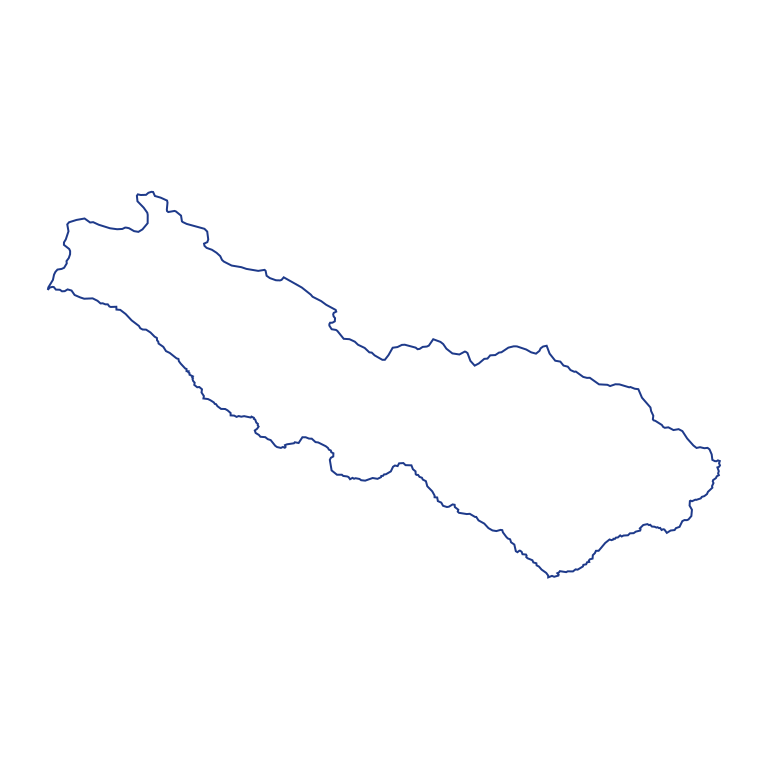 Colombia, Huila, Colombia (Robinson projection), rotated 269°
{"feature_id": "7082276B78082705771395", "entity_name": "Colombia", "entity_type": "district", "adm_level": 2, "iso_a3": "COL", "parent_name": "Colombia", "parent_adm1": "Huila", "projection": "robinson", "projection_center": [-74.711, 3.47], "detail": "fine", "context": "isolated", "style": "outline", "palette": "blue", "viewbox_px": 768, "rotation_deg": 269, "n_neighbors": 0, "source": "geoboundaries", "source_scale": "gbopen_adm2", "svg_char_len": 6128}
<svg xmlns="http://www.w3.org/2000/svg" viewBox="0 0 768 768"><g transform="rotate(269 384 384)"><path d="M301.1,718.4L301.8,716.5L301.0,715.1L301.1,713.5L302.4,711.0L307.9,710.4L313.0,708.3L314.5,706.4L314.2,703.2L315.3,698.9L314.6,695.4L317.1,692.3L324.2,686.2L331.7,681.5L333.7,677.8L332.9,672.6L335.7,667.6L335.3,664.0L336.2,662.4L338.2,661.1L342.4,654.7L343.0,652.9L344.0,652.2L347.6,652.7L352.3,650.6L355.9,650.0L365.8,641.7L374.4,638.2L374.9,634.6L376.7,630.3L376.4,629.1L379.5,619.4L379.7,615.3L378.0,610.0L379.3,607.4L379.9,599.0L386.6,589.9L386.6,587.0L387.6,583.3L393.1,576.0L392.9,574.5L394.7,570.7L398.1,568.1L399.3,563.8L403.3,560.7L404.3,555.6L411.5,550.1L419.4,547.3L418.7,543.7L416.9,541.2L414.4,540.0L411.7,536.5L413.1,531.7L416.0,526.8L419.3,517.5L419.4,514.3L418.2,509.0L413.7,502.0L413.4,499.5L411.0,495.8L410.8,490.7L407.6,487.9L407.4,484.7L402.9,479.2L400.8,475.0L405.6,470.8L413.5,468.0L414.8,466.2L415.0,465.3L412.2,459.9L413.4,452.9L418.2,447.0L422.9,443.9L425.1,441.2L427.9,434.0L421.6,429.5L420.7,427.5L420.4,423.3L418.5,420.3L418.2,418.2L419.8,416.3L422.9,405.5L422.8,402.6L420.7,398.1L420.1,393.3L412.8,389.0L408.2,385.3L408.2,382.8L412.8,375.1L415.6,372.3L415.9,369.9L420.4,365.3L423.7,358.7L426.8,355.6L429.4,350.3L429.9,344.5L438.0,338.2L438.9,336.9L439.7,332.6L443.3,330.4L444.8,330.4L446.2,331.2L446.2,333.5L447.5,335.9L450.7,336.2L452.5,334.8L454.6,334.4L456.0,335.0L457.2,337.5L458.9,337.0L464.2,327.6L468.0,322.6L472.5,314.1L474.6,312.4L481.9,303.5L492.4,285.6L489.9,283.4L489.4,281.9L489.6,277.8L491.9,271.7L494.3,268.5L499.2,267.6L500.2,266.6L499.3,260.2L501.5,248.4L503.3,243.4L505.1,233.7L509.2,226.0L510.9,224.2L514.7,222.5L518.1,218.9L521.2,214.3L523.2,209.0L525.3,206.9L527.5,206.5L528.9,209.8L531.6,210.8L539.5,209.9L542.3,207.2L547.5,189.5L549.5,185.5L550.2,184.8L555.9,184.0L560.2,178.9L560.7,177.6L559.7,171.3L560.7,170.1L562.1,169.9L569.1,170.7L571.2,170.3L574.2,164.0L576.0,158.2L580.0,156.5L580.2,154.8L579.3,151.8L577.3,149.4L577.2,144.1L577.9,141.2L576.5,140.2L571.0,140.7L564.5,146.8L559.4,150.3L557.2,150.7L548.9,150.5L542.8,145.2L540.4,141.1L541.2,136.8L544.2,131.8L544.8,129.4L544.9,127.9L543.6,125.1L543.4,119.9L544.5,112.7L548.2,101.6L550.9,96.0L550.6,93.0L554.7,87.5L553.4,79.4L551.2,71.9L549.1,70.1L542.2,71.2L534.2,68.4L531.2,66.5L528.7,66.4L524.5,71.6L522.4,72.5L519.2,72.4L515.4,71.0L512.4,68.7L510.1,68.9L505.8,66.2L504.7,63.7L504.1,59.5L501.8,57.4L499.1,56.0L493.9,54.8L486.5,50.1L484.0,49.5L486.2,51.4L486.9,54.1L486.7,55.5L484.1,57.6L483.9,61.5L482.3,63.7L482.4,66.4L484.1,69.3L482.9,73.2L478.4,76.2L475.9,81.7L474.5,85.7L474.7,94.2L472.2,99.0L469.5,102.0L469.6,104.2L468.5,106.8L468.5,109.2L466.3,110.8L465.8,112.1L465.9,117.7L463.1,117.8L462.7,121.6L458.5,126.9L452.0,132.8L446.3,140.0L444.0,141.3L442.7,143.6L442.5,147.1L439.6,151.4L435.3,155.5L434.0,157.7L431.5,157.9L430.4,159.0L428.4,159.3L425.0,164.0L420.7,166.6L418.8,170.3L413.2,177.1L412.7,178.9L410.4,179.3L407.9,181.1L403.0,185.5L402.5,186.8L400.3,186.8L400.1,188.9L399.0,188.6L398.3,189.7L396.7,189.7L395.0,193.0L394.2,192.3L393.2,193.1L392.4,192.6L390.4,193.2L388.6,194.7L386.4,194.3L384.0,197.2L384.2,199.3L381.9,201.9L378.7,201.4L375.1,203.7L372.7,203.2L372.0,207.8L370.7,210.3L368.5,213.6L367.1,214.4L366.8,215.7L364.7,217.1L361.9,220.7L361.8,224.7L360.4,227.1L357.7,230.1L355.3,230.1L355.0,233.7L353.7,236.0L354.5,238.2L353.8,240.7L354.3,243.6L352.8,250.2L353.7,250.9L352.5,253.3L351.4,253.3L350.7,254.6L347.7,255.6L346.3,257.2L345.0,257.0L343.6,257.9L341.4,256.3L339.8,254.0L337.3,254.8L335.2,258.1L333.4,259.5L332.9,264.4L330.9,266.8L329.9,269.7L324.1,274.2L322.8,276.0L321.9,279.8L322.8,281.8L322.0,283.7L322.8,284.5L324.6,283.9L325.4,286.0L326.3,292.9L327.3,293.8L326.5,297.6L332.2,301.5L332.1,304.8L330.7,308.1L330.6,310.8L327.1,314.5L326.7,317.2L322.8,324.7L321.0,326.9L319.4,327.7L318.4,329.7L316.7,330.1L315.6,332.2L312.4,332.0L311.2,329.6L309.1,328.5L298.5,330.1L294.1,335.4L294.0,340.3L292.8,341.6L292.2,345.5L291.6,346.9L289.4,348.4L290.7,350.9L289.8,352.4L290.3,353.9L289.5,357.8L288.2,359.5L287.7,363.5L290.2,371.0L289.3,375.9L290.9,379.4L292.1,379.7L292.2,381.4L293.6,382.5L293.7,384.3L296.5,389.3L301.1,391.6L302.3,393.5L301.7,396.2L304.4,397.7L304.6,402.0L302.5,404.1L302.2,410.0L298.3,411.4L296.1,414.0L293.4,414.1L292.6,414.8L292.5,416.5L290.5,417.9L289.6,420.3L287.8,421.1L286.1,424.2L281.0,425.5L275.8,430.4L271.6,432.6L269.9,432.6L269.6,435.2L266.0,435.8L264.4,439.2L261.2,440.9L259.9,444.8L260.2,446.8L262.4,450.5L262.0,452.5L259.7,452.7L257.0,456.1L255.1,455.5L253.9,456.7L252.5,464.5L252.7,467.5L249.5,472.7L249.5,473.9L246.0,476.1L242.7,481.8L238.1,485.9L235.7,489.9L235.0,493.8L236.1,498.0L235.8,499.7L233.6,500.3L229.0,503.6L227.4,505.1L226.5,507.4L223.5,508.3L221.2,511.5L214.5,512.9L213.5,514.5L215.0,516.5L214.9,517.3L213.8,518.7L211.4,519.5L211.0,523.0L209.9,523.6L208.5,523.2L207.3,524.4L205.2,529.3L203.0,530.2L202.1,533.2L200.0,533.4L198.8,535.7L195.7,538.3L192.3,542.9L189.6,544.8L187.8,544.8L189.2,548.6L188.3,550.8L189.4,555.0L190.3,555.3L191.8,554.0L192.6,555.7L193.8,556.6L192.7,562.9L193.5,564.4L193.3,569.6L195.3,572.3L195.0,574.4L198.1,579.7L199.7,580.2L200.2,583.0L202.2,583.9L202.5,586.1L203.8,585.7L205.1,586.7L205.8,589.5L209.2,589.8L211.2,591.9L213.5,593.0L213.5,595.7L221.2,602.4L224.6,606.8L223.9,608.8L224.6,610.7L225.2,610.8L225.2,612.3L226.3,613.1L226.5,615.2L228.5,617.5L227.4,619.0L228.3,620.8L228.5,625.3L230.4,627.3L230.5,631.0L232.0,633.2L233.0,637.6L234.4,638.0L235.2,637.3L238.5,640.8L239.3,644.9L238.3,646.5L238.6,647.7L236.8,649.4L236.6,651.9L235.7,653.9L236.0,655.0L235.1,656.5L235.3,657.6L233.2,659.0L233.9,660.6L233.6,661.8L230.2,664.2L232.5,668.0L232.9,672.0L234.8,673.4L236.0,677.0L241.7,679.9L242.7,682.0L242.6,684.5L243.2,686.0L246.6,689.0L252.9,689.7L257.1,687.4L261.6,687.8L262.0,688.5L261.4,689.9L262.9,693.3L262.7,694.2L264.1,698.7L265.6,699.8L266.3,702.3L268.3,705.0L270.5,706.0L274.6,710.5L276.2,710.2L279.2,711.7L281.0,711.0L282.2,711.4L284.1,714.2L285.9,715.1L287.0,717.2L288.8,716.5L291.0,717.2L294.8,715.9L295.4,717.6L296.8,718.5L298.9,717.6L301.1,718.4Z" fill="none" stroke="#1e3a8a" stroke-width="2"/></g></svg>